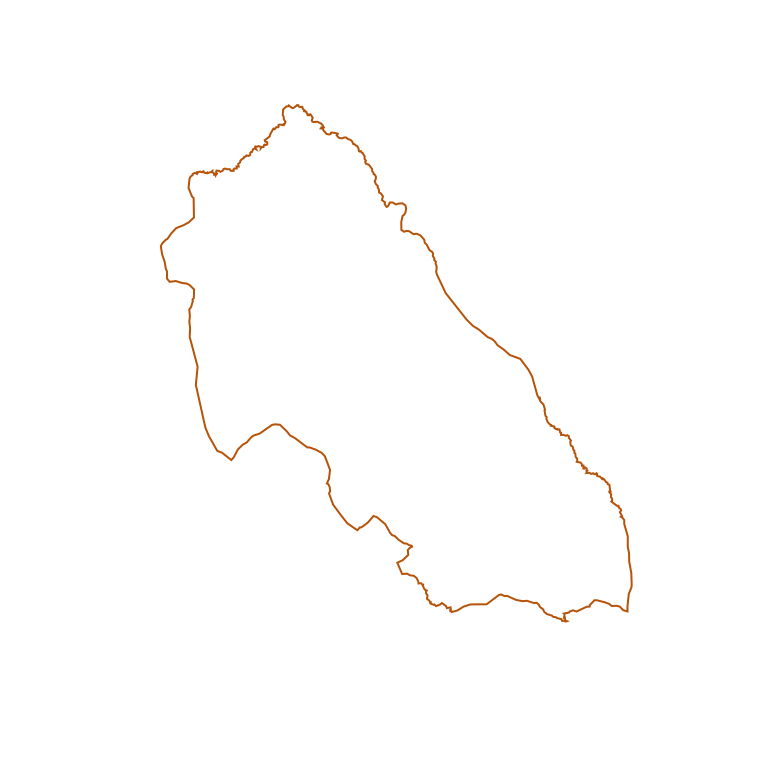 the district of Jirapa, Upper West, Ghana, rotated 251°
{"feature_id": "2480657B21686152565613", "entity_name": "Jirapa", "entity_type": "district", "adm_level": 2, "iso_a3": "GHA", "parent_name": "Ghana", "parent_adm1": "Upper West", "projection": "albers", "projection_center": [-2.598, 10.589], "detail": "fine", "context": "isolated", "style": "outline", "palette": "amber", "viewbox_px": 768, "rotation_deg": 251, "n_neighbors": 0, "source": "geoboundaries", "source_scale": "gbopen_adm2", "svg_char_len": 6161}
<svg xmlns="http://www.w3.org/2000/svg" viewBox="0 0 768 768"><g transform="rotate(251 384 384)"><path d="M554.4,213.1L550.4,214.6L549.1,220.7L545.3,225.9L543.2,230.2L540.7,232.5L535.2,235.2L527.2,232.2L526.2,230.5L524.8,230.3L519.6,226.7L517.8,224.1L511.2,222.5L506.3,220.2L500.0,218.9L491.8,215.6L461.0,213.4L444.4,205.8L400.8,200.9L391.5,201.5L375.0,204.6L371.9,208.4L361.8,214.9L363.7,218.2L369.8,224.7L372.6,230.7L373.4,235.1L376.9,241.2L377.7,243.9L377.6,250.3L381.8,264.9L381.3,268.0L379.3,272.4L370.9,276.7L366.0,278.4L361.7,282.3L348.9,290.9L348.4,292.8L344.3,297.9L339.3,302.6L334.8,304.6L320.3,305.0L312.1,301.0L308.5,297.6L307.5,298.7L304.2,299.1L300.2,298.2L298.5,296.4L286.6,296.6L275.0,300.2L264.2,304.0L254.4,311.2L256.3,314.6L255.8,315.4L256.4,318.0L258.3,323.8L262.6,331.0L260.6,333.8L251.0,339.6L241.4,341.3L238.5,342.4L236.7,344.7L232.1,347.0L226.9,350.9L225.6,353.6L223.5,355.2L222.1,357.5L221.0,357.5L220.6,354.8L219.2,352.4L214.5,351.3L211.3,344.3L210.7,338.4L198.4,339.3L197.1,344.2L194.8,346.1L192.9,349.8L190.0,351.6L186.5,352.1L184.1,351.7L183.6,354.2L182.0,354.8L181.6,355.7L180.6,355.1L177.6,355.3L175.8,355.9L174.8,357.2L173.7,356.0L172.4,355.6L170.1,356.4L166.9,354.7L164.3,356.4L162.2,356.4L162.2,357.1L161.0,356.7L159.1,359.1L159.2,359.8L157.0,360.9L157.2,365.1L158.1,367.4L154.0,370.3L151.6,370.5L151.2,374.2L149.3,373.9L148.8,372.9L147.6,372.8L147.1,373.9L146.3,373.8L146.0,379.8L147.6,386.7L147.4,394.2L142.3,409.3L147.0,423.7L146.9,426.2L144.3,428.9L143.6,431.4L136.9,438.5L133.5,444.4L132.5,448.6L128.0,454.5L127.4,457.2L125.0,458.5L122.2,459.0L119.3,461.0L116.2,461.4L113.3,463.3L110.4,467.3L108.6,468.3L107.6,470.5L106.3,471.4L104.0,475.0L102.0,475.3L101.9,476.5L100.2,478.5L100.2,479.7L101.1,478.5L103.6,478.8L104.2,478.0L104.8,479.0L105.4,478.6L107.5,479.8L108.4,479.4L107.7,484.5L108.4,485.5L108.5,488.9L106.2,492.1L107.4,503.0L106.6,506.0L107.9,506.6L111.0,512.5L110.2,514.9L105.6,521.9L102.7,525.3L100.0,527.0L98.4,532.1L96.8,534.4L92.2,536.6L89.7,540.2L94.0,541.6L105.8,547.1L111.2,551.8L113.7,552.9L124.8,556.3L136.1,558.0L144.1,560.6L150.8,561.5L160.6,564.9L173.6,565.6L177.2,566.9L180.4,565.7L181.3,564.8L181.7,566.1L186.0,565.3L187.2,567.0L188.6,567.1L190.8,565.8L192.5,566.1L192.9,564.7L198.8,560.7L199.1,561.6L201.5,562.4L203.1,561.7L205.9,562.9L208.0,562.0L208.3,563.0L209.2,562.3L209.7,563.2L215.3,564.3L216.6,562.9L218.0,563.1L218.8,562.1L222.3,561.1L222.7,559.9L223.7,559.9L223.5,559.2L226.2,558.0L227.4,555.7L229.0,555.7L229.5,556.3L230.5,555.8L229.9,554.7L230.4,553.3L231.5,552.8L231.6,550.5L233.2,549.3L233.9,546.4L234.3,547.0L235.3,547.0L236.0,548.1L236.7,547.4L238.1,548.1L239.7,547.0L238.8,545.7L239.1,545.0L241.9,546.0L242.3,544.6L243.5,545.0L245.7,544.3L247.7,540.9L248.6,541.8L250.6,542.3L252.5,541.5L256.0,542.2L256.9,541.6L259.0,542.3L260.2,541.6L262.2,542.0L263.6,541.8L265.1,540.6L268.8,541.3L269.6,542.4L272.9,541.3L274.7,541.7L276.0,540.5L275.8,539.1L277.5,537.0L278.2,534.8L280.2,535.6L280.9,534.8L284.0,535.1L284.4,533.2L285.0,533.2L285.6,531.8L287.0,530.8L288.3,531.3L290.2,528.2L290.9,528.7L291.7,527.7L294.7,526.4L298.2,526.2L299.8,527.0L301.4,526.3L306.8,527.2L307.3,527.9L312.8,528.1L316.1,526.4L318.6,526.1L318.8,526.7L320.5,526.8L320.5,525.8L323.2,525.3L342.7,526.5L350.5,525.2L363.3,521.1L370.5,512.3L377.0,508.8L383.8,503.9L388.0,502.7L391.4,500.8L394.6,497.3L404.6,491.4L409.7,487.2L417.9,483.1L449.9,471.9L470.1,469.7L473.1,469.8L476.1,471.4L478.4,472.1L481.0,471.9L482.7,472.9L484.9,471.8L486.2,472.5L489.3,471.8L491.2,472.9L493.1,472.6L495.7,470.6L501.7,469.8L504.3,468.5L507.3,469.0L512.5,466.9L514.8,464.6L515.7,463.2L516.0,460.7L520.4,457.4L521.4,455.2L521.4,452.6L524.0,450.6L531.4,453.0L536.8,456.2L537.7,458.5L539.6,460.4L542.8,462.1L545.9,462.4L548.8,460.3L549.8,456.8L549.9,453.7L552.7,451.4L553.5,449.3L553.7,448.6L550.9,445.8L550.6,444.2L551.6,443.7L554.3,443.3L555.5,444.1L558.6,441.9L561.7,444.1L565.2,443.1L566.6,441.7L569.4,442.5L572.0,442.0L573.3,442.6L575.4,441.5L578.5,441.1L580.7,443.1L582.8,443.9L585.0,443.4L585.7,442.6L586.4,442.9L588.9,442.2L591.3,442.7L596.2,441.1L598.2,438.6L600.2,438.5L601.1,439.6L603.3,438.9L605.4,439.8L609.6,439.0L610.1,438.2L611.8,437.8L611.7,436.7L612.4,436.1L615.1,436.6L617.9,436.0L618.9,434.8L620.3,434.3L620.8,433.1L624.0,432.8L625.6,431.9L627.6,429.5L629.3,428.5L630.0,426.8L630.0,424.0L631.4,421.6L634.5,420.2L635.7,421.8L636.1,421.4L638.8,416.6L638.8,415.7L637.8,415.1L637.7,413.6L639.1,411.1L643.6,409.3L645.2,409.4L646.2,407.4L647.0,408.4L646.3,410.6L648.6,410.2L650.6,409.4L653.6,406.5L654.6,402.7L655.5,401.6L656.6,401.5L659.0,403.3L660.2,403.0L662.9,402.3L663.1,401.3L662.5,400.8L663.0,399.5L663.6,399.9L664.7,399.2L666.7,399.2L667.8,397.4L668.4,398.1L670.4,396.8L672.6,397.0L673.3,394.6L674.8,393.5L675.5,393.7L676.0,392.8L674.7,389.3L674.6,387.3L678.3,384.6L677.7,384.2L678.2,382.1L676.5,378.1L671.3,375.8L669.4,376.1L666.8,375.5L664.0,376.2L662.4,374.9L662.5,373.9L661.4,373.5L663.3,369.8L663.1,368.4L661.5,368.1L661.2,367.5L661.9,365.8L660.5,363.6L661.5,362.6L656.7,357.2L655.3,356.6L653.4,350.6L652.1,350.5L650.6,352.3L648.5,351.6L648.4,349.8L649.2,349.2L648.9,348.2L647.3,347.2L647.9,345.4L647.0,344.2L648.3,344.7L649.8,342.9L649.6,341.3L650.5,339.7L649.9,339.2L647.5,339.5L648.6,338.6L648.8,336.8L646.3,334.6L646.6,333.7L645.9,332.6L644.2,332.1L643.7,330.3L644.9,328.3L644.1,327.2L644.3,325.8L643.2,324.9L642.8,322.7L641.9,320.9L640.4,320.1L639.5,317.7L636.9,317.4L637.7,315.4L635.7,314.9L636.4,312.6L635.9,311.6L634.5,311.2L635.5,308.5L637.3,308.1L638.3,305.2L639.3,304.2L639.5,302.3L638.2,301.0L637.8,298.4L639.2,297.5L640.3,295.2L639.1,294.2L637.2,294.6L636.7,293.8L637.1,293.3L636.1,292.6L637.4,292.4L637.3,291.6L638.4,291.9L640.0,290.6L641.3,291.1L640.7,289.4L640.8,286.6L641.5,286.0L640.9,285.3L642.2,282.9L643.9,282.5L643.5,280.7L644.7,279.3L645.1,276.2L643.9,276.2L643.4,275.6L645.2,274.0L645.0,271.5L643.8,271.0L643.0,268.5L641.5,267.0L633.0,263.0L623.9,263.5L621.7,264.5L603.3,258.5L600.4,251.9L599.4,246.1L599.1,238.3L595.6,231.8L591.6,226.3L591.5,224.8L589.1,220.0L587.0,217.9L578.9,216.4L570.9,216.4L564.0,215.2L560.9,215.5L554.4,213.1Z" fill="none" stroke="#b45309" stroke-width="2"/></g></svg>